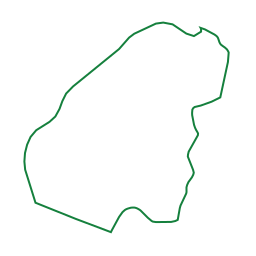 the Department of Ahuachapán, rotated 356°
{"feature_id": "SLV-1343", "entity_name": "Ahuachapán", "entity_type": "Department", "adm_level": 1, "iso_a3": "SLV", "parent_name": "El Salvador", "parent_adm1": "", "projection": "albers", "projection_center": [-89.848, 13.863], "detail": "fine", "context": "isolated", "style": "outline", "palette": "green", "viewbox_px": 256, "rotation_deg": 356, "n_neighbors": 0, "source": "natural_earth", "source_scale": "10m", "svg_char_len": 1214}
<svg xmlns="http://www.w3.org/2000/svg" viewBox="0 0 256 256"><g transform="rotate(356 128 128)"><path d="M30.5,196.1L22.5,162.4L22.3,154.2L23.5,145.8L26.2,137.6L30.2,130.1L36.3,123.8L50.1,116.4L56.3,111.5L61.0,104.2L64.4,96.6L68.7,89.3L76.1,82.7L124.6,48.6L135.4,37.9L140.8,34.4L163.1,25.8L170.5,25.3L179.7,27.7L192.8,37.9L200.2,40.9L207.6,37.0L207.8,34.1L207.4,33.2L211.6,35.0L220.8,40.8L222.6,42.3L223.5,43.4L224.1,44.6L225.2,48.8L225.7,50.0L226.4,51.2L228.3,52.9L230.3,54.5L232.1,56.4L232.2,56.5L233.3,58.6L233.7,59.8L232.3,69.1L222.2,103.9L213.2,107.6L202.1,110.7L196.0,111.7L194.6,112.6L193.5,114.1L193.0,117.4L192.9,119.6L194.1,129.4L194.9,132.4L195.8,134.7L197.0,137.1L197.5,138.3L197.2,140.1L186.9,155.8L186.0,158.7L185.7,160.7L190.0,174.3L190.5,177.2L189.8,179.2L188.3,181.7L184.5,186.2L183.0,189.0L182.2,191.3L181.9,196.0L181.5,197.4L175.0,209.0L174.1,211.5L171.2,223.1L168.7,224.1L164.5,224.7L149.3,223.8L146.2,223.1L145.1,222.4L141.5,218.9L134.9,211.3L133.9,210.4L131.8,209.0L130.6,208.4L129.2,207.9L127.4,207.7L125.4,207.7L122.5,208.3L120.8,208.8L119.3,209.5L118.1,210.4L116.6,211.6L112.9,216.1L104.8,228.8L103.7,230.7L69.5,215.0L30.5,196.1Z" fill="none" stroke="#15803d" stroke-width="2"/></g></svg>